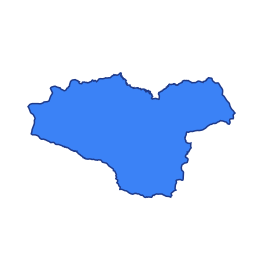 the district of Silos, Norte de Santander, Colombia, rotated 101°
{"feature_id": "7082276B89069958186341", "entity_name": "Silos", "entity_type": "district", "adm_level": 2, "iso_a3": "COL", "parent_name": "Colombia", "parent_adm1": "Norte de Santander", "projection": "robinson", "projection_center": [-72.792, 7.177], "detail": "fine", "context": "isolated", "style": "filled", "palette": "blue", "viewbox_px": 256, "rotation_deg": 101, "n_neighbors": 0, "source": "geoboundaries", "source_scale": "gbopen_adm2", "svg_char_len": 5717}
<svg xmlns="http://www.w3.org/2000/svg" viewBox="0 0 256 256"><g transform="rotate(101 128 128)"><path d="M152.2,221.9L152.9,220.6L152.4,217.7L152.8,215.0L153.7,213.6L154.8,212.6L154.9,212.1L155.3,211.6L155.5,210.6L155.0,208.7L155.3,207.5L155.2,206.7L155.7,205.8L155.7,205.1L156.0,204.4L156.2,203.0L157.1,201.1L156.4,198.8L156.4,197.8L157.6,196.2L157.8,195.6L157.7,194.5L157.4,192.9L157.9,189.7L158.1,188.8L158.5,188.4L158.3,186.9L158.8,186.7L158.9,186.3L158.5,185.5L158.9,184.8L158.7,183.5L160.5,179.5L160.6,178.1L160.9,177.5L160.7,176.7L161.1,176.5L161.0,175.8L160.6,175.4L160.9,174.6L160.6,173.8L161.3,173.7L161.6,172.9L162.6,171.9L163.2,170.5L163.3,169.9L163.8,169.5L164.6,167.5L164.9,166.9L165.6,166.5L165.5,165.4L166.1,165.0L165.9,164.2L166.3,163.9L166.3,162.2L166.1,160.8L165.7,160.2L165.6,158.0L165.8,157.4L165.3,155.8L165.6,153.9L165.4,152.8L165.5,151.9L164.9,151.2L164.6,148.7L165.3,147.7L166.4,146.6L166.6,142.7L167.0,141.6L167.9,140.8L168.3,140.0L168.8,139.7L171.0,134.7L171.4,134.4L172.6,134.2L172.9,132.7L176.0,130.5L177.3,130.8L178.1,130.0L178.7,129.8L179.4,130.2L180.1,130.3L181.0,128.2L182.6,128.0L183.9,128.5L184.6,127.0L186.8,125.6L187.5,124.3L189.8,124.3L189.4,122.5L189.6,121.2L190.1,119.2L190.0,117.5L191.5,114.4L192.0,112.5L192.1,110.9L191.7,110.0L191.0,109.1L190.9,108.4L190.6,107.8L190.9,106.2L190.6,105.0L191.5,102.4L191.2,100.8L192.3,99.4L192.8,98.2L192.7,97.2L192.0,96.5L192.3,95.9L191.8,94.8L191.5,91.6L190.5,91.1L189.8,91.1L189.4,90.8L189.1,90.4L189.2,89.6L188.4,89.2L188.2,88.7L187.3,87.5L187.2,85.8L186.6,83.7L186.6,82.9L186.3,82.1L186.6,81.1L187.0,80.6L187.0,79.9L187.7,77.5L187.4,74.6L187.7,72.9L187.0,72.9L186.1,72.2L185.8,72.1L184.4,73.2L183.6,73.0L180.7,70.6L179.8,69.1L179.0,70.0L178.4,70.3L174.6,70.6L172.5,70.0L170.3,70.7L169.8,70.2L168.9,68.1L168.6,66.7L169.0,65.0L168.7,64.3L167.7,64.1L160.8,65.1L160.1,65.7L159.2,67.2L156.9,68.1L154.8,68.1L153.6,67.8L152.4,66.5L151.6,65.9L151.2,64.5L150.4,63.3L147.7,63.0L146.7,63.4L146.0,65.2L145.8,65.0L145.3,66.1L144.5,66.3L142.3,65.5L142.2,65.2L142.3,64.9L142.1,64.6L141.6,64.6L140.3,65.2L140.0,64.0L139.8,63.9L136.8,63.0L135.6,62.3L135.2,62.3L134.1,63.0L130.8,63.4L131.3,64.1L131.5,66.9L130.9,67.6L130.6,68.5L130.2,68.8L129.3,68.8L129.0,69.2L128.1,69.8L127.4,70.1L126.5,70.0L126.4,70.3L123.5,69.6L122.2,69.8L120.9,69.6L120.7,69.3L120.7,67.9L119.5,66.2L119.1,63.9L117.8,61.3L117.2,59.5L116.8,57.2L115.9,55.0L115.3,54.0L113.3,51.8L111.1,50.3L108.8,47.9L108.4,46.6L107.4,45.5L107.1,44.6L107.0,43.5L106.3,42.2L105.3,41.4L104.0,39.4L103.1,38.8L103.2,37.8L103.0,37.1L103.1,35.4L103.4,34.2L103.3,33.1L104.0,31.8L104.7,31.3L105.0,29.9L105.0,29.4L103.9,28.9L102.7,28.9L101.4,29.7L100.1,29.7L99.6,29.2L99.0,27.5L98.9,26.6L98.0,26.4L95.3,27.2L94.7,27.1L92.9,25.8L92.4,26.6L91.2,27.7L90.1,29.4L89.0,30.6L87.0,32.1L84.4,33.3L82.2,36.3L78.6,39.7L77.4,41.8L74.4,42.0L72.6,42.4L71.1,43.5L69.7,45.1L67.5,47.0L66.7,47.8L66.6,48.3L66.9,49.6L67.2,50.4L67.0,51.4L65.6,53.8L64.7,54.5L63.6,54.9L63.2,55.4L63.3,58.6L64.9,59.6L65.3,60.3L66.3,60.1L67.6,61.8L68.0,62.9L68.9,63.0L68.8,65.2L68.5,66.0L68.5,67.7L68.7,68.3L70.5,70.2L71.4,74.1L70.9,74.9L70.7,75.9L69.9,77.9L70.2,78.7L70.2,79.7L70.4,80.0L70.6,81.9L71.0,82.7L71.9,83.6L72.8,83.5L75.1,86.7L75.9,86.9L76.2,87.8L76.6,87.8L76.7,88.0L76.5,88.3L76.7,88.7L76.7,89.2L76.5,89.6L76.3,89.3L75.9,90.0L75.7,91.2L75.9,91.7L76.4,91.9L76.7,93.2L77.2,93.9L77.1,95.7L77.6,96.2L78.8,96.3L78.9,96.8L79.5,96.6L79.8,97.3L80.3,97.2L80.5,97.4L80.6,98.1L81.8,98.2L82.4,99.3L83.0,99.5L83.2,100.3L84.0,100.6L84.5,101.5L85.5,101.8L85.9,102.9L86.5,103.3L87.3,104.5L88.4,104.2L88.8,104.6L90.3,103.4L91.9,103.1L93.8,103.0L94.0,103.4L93.8,104.1L93.9,105.4L93.6,106.3L94.1,107.7L94.3,108.6L94.9,109.4L94.9,109.8L94.2,110.6L92.2,109.9L91.5,110.8L90.5,111.0L90.0,111.8L90.2,113.0L90.0,113.5L89.6,113.8L89.2,113.0L88.6,112.8L88.3,112.9L87.9,113.3L87.9,114.3L87.3,115.1L87.6,115.7L88.4,115.4L88.3,116.2L89.1,117.2L88.9,117.4L87.9,117.1L87.5,117.1L87.2,118.2L88.0,117.8L88.2,118.0L88.0,118.5L87.8,118.9L87.0,118.6L86.9,118.8L86.8,119.9L87.2,121.7L87.4,122.0L87.8,122.1L87.9,122.5L86.9,123.3L87.2,124.4L87.2,125.5L86.7,125.6L86.6,126.1L87.8,129.6L87.3,129.9L87.9,130.5L87.5,130.9L87.3,132.7L86.4,134.1L85.6,134.1L85.6,135.2L86.1,136.6L86.0,137.1L85.1,137.9L85.0,137.3L84.6,137.3L83.4,138.8L82.2,139.1L81.7,138.9L81.6,139.5L81.3,139.5L80.5,140.7L80.4,141.4L80.8,141.8L80.4,141.9L80.1,142.6L79.7,142.5L79.3,143.4L79.2,143.1L78.7,143.8L78.1,144.0L78.2,144.7L77.7,145.2L76.6,144.9L75.5,145.2L75.3,145.6L75.6,146.2L76.6,146.8L77.9,148.1L78.4,148.9L78.1,150.1L78.7,151.1L78.4,151.5L78.3,152.0L79.3,152.6L79.9,153.5L81.9,154.9L82.2,155.4L82.5,156.9L83.0,158.1L83.0,159.5L83.6,160.2L84.5,162.1L84.9,164.8L85.5,165.9L87.9,167.1L88.6,167.8L87.8,168.6L87.6,169.1L87.6,169.5L88.5,170.4L88.5,170.8L87.8,171.5L87.7,172.0L88.2,172.5L89.2,172.8L89.6,173.2L89.9,174.1L90.5,174.5L90.9,175.0L90.9,175.5L91.2,175.9L91.4,176.6L91.1,177.1L91.4,178.3L91.2,179.7L91.5,180.3L91.6,181.2L91.9,181.5L93.1,181.7L93.4,182.1L93.5,184.1L92.7,184.9L92.3,185.0L91.9,184.7L91.5,186.1L91.1,186.4L91.2,187.1L90.6,189.1L91.6,191.9L93.2,193.2L96.4,193.6L98.3,193.5L98.8,194.2L100.2,194.7L100.6,195.5L102.3,196.0L103.4,197.1L103.6,197.9L103.0,199.4L102.9,200.5L102.3,201.8L101.7,202.1L101.4,202.6L101.7,203.3L101.4,204.4L101.5,204.8L100.9,207.5L101.2,208.5L102.4,210.8L103.2,211.5L103.9,211.7L107.7,208.9L108.4,208.8L111.7,210.0L116.5,210.7L117.5,212.1L118.5,215.4L119.7,216.4L120.7,218.0L121.1,219.2L121.2,220.8L122.3,226.5L123.0,228.0L123.7,228.9L126.1,230.2L127.3,229.1L131.3,226.6L131.9,225.9L132.7,223.9L133.0,223.5L135.2,221.7L136.4,221.0L138.4,221.4L140.4,220.9L141.9,220.8L147.8,221.8L150.4,221.7L152.2,221.9Z" fill="#3b82f6" stroke="#1e3a8a" stroke-width="1.5"/></g></svg>